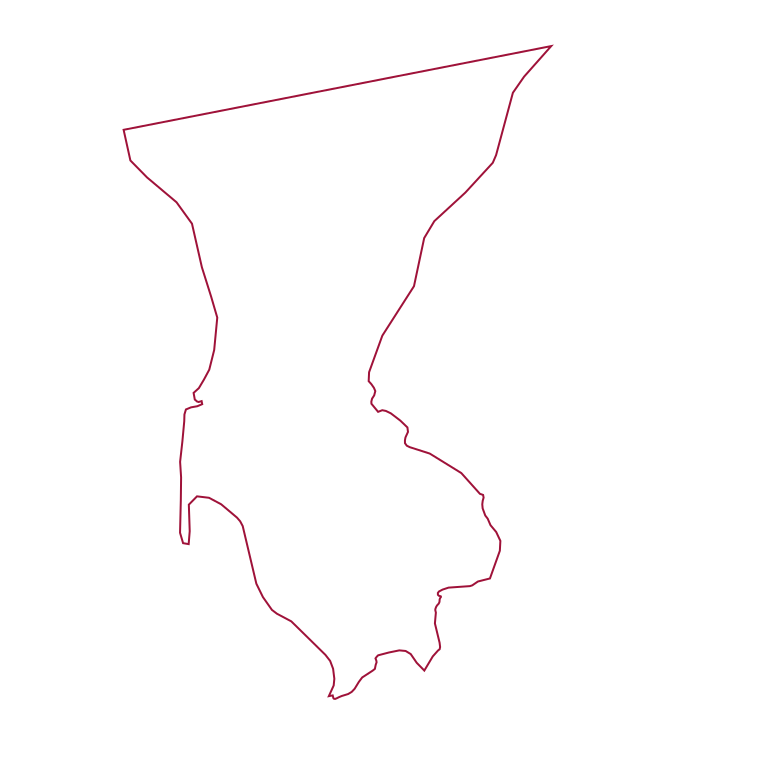 map outline of Colón (Robinson projection), rotated 259°
{"feature_id": "HND-638", "entity_name": "Colón", "entity_type": "Department", "adm_level": 1, "iso_a3": "HND", "parent_name": "Honduras", "parent_adm1": "", "projection": "robinson", "projection_center": [-85.998, 15.551], "detail": "fine", "context": "isolated", "style": "outline", "palette": "rose", "viewbox_px": 768, "rotation_deg": 259, "n_neighbors": 0, "source": "natural_earth", "source_scale": "10m", "svg_char_len": 1987}
<svg xmlns="http://www.w3.org/2000/svg" viewBox="0 0 768 768"><g transform="rotate(259 384 384)"><path d="M88.1,270.3L97.7,277.1L104.1,279.0L114.2,279.7L122.4,278.3L129.3,274.8L168.7,247.7L178.9,235.1L183.6,230.9L197.9,224.5L212.3,220.6L271.5,218.2L276.7,216.6L280.9,214.2L297.0,201.2L305.7,190.5L309.4,179.0L302.8,169.4L276.6,165.2L264.1,161.7L266.1,156.4L276.9,155.4L308.8,162.4L331.0,167.0L346.5,169.0L366.0,175.1L385.5,180.8L392.2,182.3L396.8,184.7L397.9,190.1L397.8,196.5L398.9,201.7L402.0,201.7L401.7,198.6L402.6,197.0L403.8,196.2L404.8,195.3L411.6,195.4L415.3,201.5L422.7,208.1L431.4,215.2L449.8,223.8L481.0,233.0L502.6,231.0L533.4,227.5L578.0,226.1L602.0,215.0L632.0,190.8L651.8,177.7L683.2,176.9L683.8,612.6L659.0,580.2L645.3,566.1L587.3,537.7L580.4,533.0L556.4,500.4L534.3,464.5L519.6,451.3L474.3,432.1L431.8,391.6L398.4,371.6L389.7,369.5L386.2,371.6L382.1,373.4L378.7,374.1L374.7,372.2L371.9,369.5L369.1,368.2L367.0,367.9L357.8,372.9L358.6,377.3L357.2,380.7L353.9,385.1L345.0,393.0L336.9,398.7L332.4,398.4L327.5,394.9L324.7,393.8L321.9,393.3L319.1,394.6L317.1,397.2L307.0,415.6L281.8,442.9L257.9,457.2L256.2,460.1L253.5,460.1L250.5,458.6L247.1,457.5L243.1,457.1L235.6,458.3L232.0,460.1L225.1,461.6L217.3,465.9L207.8,468.3L198.2,465.9L172.9,450.9L172.2,438.5L169.5,432.2L169.2,429.8L171.8,408.5L171.0,402.2L169.8,398.3L168.6,397.0L166.8,396.7L165.7,397.4L165.1,398.6L164.6,399.3L164.0,399.2L163.5,398.6L162.6,397.9L161.6,397.4L160.2,397.1L159.0,396.6L157.9,395.7L156.5,393.8L155.3,392.7L154.2,392.0L153.1,391.4L152.1,391.2L149.7,391.3L139.3,388.3L119.4,389.2L115.1,388.9L113.0,388.0L112.1,386.2L107.3,379.9L95.0,368.9L104.1,362.9L113.8,358.7L117.8,354.3L119.6,348.2L119.5,337.6L118.8,326.5L117.8,325.0L116.3,323.3L113.7,323.7L112.2,323.6L110.0,322.3L106.1,320.7L104.8,318.2L100.1,306.6L96.4,302.5L90.4,297.0L87.9,293.5L86.5,289.6L85.8,283.0L85.2,280.1L84.5,277.6L84.2,275.9L84.6,274.8L85.2,274.4L88.1,274.2L88.1,270.3Z" fill="none" stroke="#9f1239" stroke-width="2"/></g></svg>